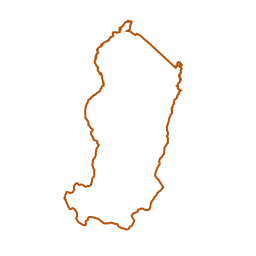 the district of Pradera, Valle del Cauca, Colombia, rotated 103°
{"feature_id": "7082276B33285563238152", "entity_name": "Pradera", "entity_type": "district", "adm_level": 2, "iso_a3": "COL", "parent_name": "Colombia", "parent_adm1": "Valle del Cauca", "projection": "orthographic", "projection_center": [-76.213, 3.422], "detail": "fine", "context": "isolated", "style": "outline", "palette": "amber", "viewbox_px": 256, "rotation_deg": 103, "n_neighbors": 0, "source": "geoboundaries", "source_scale": "gbopen_adm2", "svg_char_len": 5704}
<svg xmlns="http://www.w3.org/2000/svg" viewBox="0 0 256 256"><g transform="rotate(103 128 128)"><path d="M227.3,107.5L226.9,105.6L226.6,105.1L225.5,104.4L223.6,104.1L223.2,103.0L222.5,102.4L221.2,101.8L219.9,101.8L217.6,101.0L216.8,101.0L214.2,103.6L212.8,104.6L212.0,104.6L211.1,103.9L210.3,103.8L209.8,103.3L209.1,102.0L208.2,101.2L207.6,99.9L207.1,99.7L205.7,99.9L203.7,97.3L203.1,95.5L203.9,93.6L204.0,92.5L203.6,90.4L202.5,88.9L202.0,88.7L200.0,88.4L198.7,88.7L196.7,88.8L194.3,88.4L190.7,86.9L189.2,86.5L187.9,85.5L185.9,84.9L184.7,84.8L181.6,82.2L179.0,81.1L178.1,80.3L177.7,80.4L174.4,83.7L173.6,84.9L172.3,85.6L170.9,87.5L170.3,88.8L168.7,90.6L168.2,90.8L166.1,91.2L161.3,90.7L157.4,89.7L156.9,89.3L156.1,89.0L155.4,89.1L153.2,90.2L152.3,90.2L151.6,89.9L150.7,90.0L148.6,88.4L146.9,88.2L145.8,87.6L145.0,87.0L144.1,87.3L140.8,87.6L139.4,88.1L138.9,87.8L138.3,87.7L135.6,86.7L134.8,86.6L134.0,86.0L133.4,85.9L131.4,86.2L130.5,86.6L130.0,86.4L128.8,86.7L128.2,87.7L127.3,88.3L126.3,87.8L125.3,87.6L123.6,88.0L122.4,88.7L121.2,89.7L117.5,90.3L116.5,90.3L115.6,90.0L114.3,90.1L112.8,89.7L111.4,90.0L110.5,89.8L110.1,90.0L109.5,89.8L108.6,90.0L106.7,89.4L105.7,89.6L105.1,89.4L104.5,88.9L103.1,88.4L102.0,89.0L101.6,89.1L101.1,88.9L100.2,89.6L99.5,89.9L99.0,89.6L98.5,89.9L97.7,89.3L95.9,89.5L94.4,88.7L94.0,88.8L93.8,88.6L93.2,89.0L92.8,88.8L92.0,89.1L90.3,89.1L89.3,88.6L88.8,87.9L87.8,87.3L86.9,87.1L86.6,87.3L85.1,87.2L84.6,86.9L84.2,86.8L83.8,87.0L83.2,86.7L83.2,86.4L82.8,86.0L82.2,86.4L81.7,86.4L81.4,86.2L81.0,86.2L81.0,85.9L80.6,85.6L80.0,85.5L79.5,84.9L79.3,85.4L79.2,86.5L78.8,87.0L78.6,88.0L77.8,88.6L76.6,88.3L76.4,89.1L75.9,89.9L75.7,89.7L75.4,89.0L75.1,89.0L74.6,89.3L72.5,89.0L72.0,88.0L71.3,88.0L70.7,87.6L70.0,87.9L69.2,87.2L68.8,87.6L68.4,87.5L68.0,87.8L67.8,88.5L68.0,88.7L67.6,88.9L67.4,89.2L66.7,89.1L66.3,89.5L65.9,89.1L65.4,89.2L65.2,89.4L65.3,89.9L65.2,90.1L64.2,90.1L63.8,89.7L62.9,89.5L62.4,88.8L60.0,89.7L59.3,89.6L58.4,89.0L57.6,89.3L56.9,90.2L57.0,90.6L56.5,91.6L56.4,91.5L56.5,90.6L55.6,91.2L55.6,90.3L54.7,89.7L54.3,89.8L54.3,90.5L53.7,90.7L53.9,91.1L53.5,91.9L52.9,92.0L52.4,92.4L52.4,92.6L52.7,93.0L52.4,93.6L52.7,93.8L53.2,94.4L53.7,94.6L55.2,93.9L55.4,94.0L55.5,94.2L55.9,94.4L56.0,93.7L56.3,93.6L56.4,94.1L57.5,94.6L57.5,95.5L59.0,94.5L39.5,128.5L38.8,129.9L39.0,130.0L35.1,136.8L34.3,140.7L35.7,141.4L35.3,143.3L33.4,147.8L33.6,150.6L31.9,148.7L31.2,148.4L29.5,148.6L28.8,148.9L28.1,148.6L25.5,148.7L24.5,148.3L23.9,148.3L23.4,148.5L23.4,148.9L23.7,149.9L24.0,150.1L24.2,150.7L23.8,150.8L23.9,151.1L23.5,151.7L23.5,152.2L24.8,152.8L24.8,153.3L25.4,154.2L29.2,155.8L29.5,156.1L30.6,156.4L31.0,157.2L31.9,157.6L32.2,158.3L32.6,157.9L33.1,157.9L33.5,158.3L33.6,157.8L33.8,158.1L34.4,158.1L34.5,157.9L34.7,158.1L35.2,157.8L36.4,157.6L36.6,158.0L36.6,158.6L37.3,159.3L37.8,160.2L37.4,160.9L37.8,162.6L37.9,163.3L38.4,164.3L40.6,163.7L41.5,163.0L43.0,164.5L43.1,165.4L43.9,165.4L45.2,166.3L46.2,166.2L47.0,166.4L47.2,166.7L47.1,167.1L47.6,167.3L47.8,168.0L48.5,168.4L49.0,169.2L49.5,169.6L50.3,171.0L51.8,171.5L52.5,172.8L53.1,172.7L53.5,172.1L53.7,172.6L54.5,172.5L54.7,173.2L55.1,173.4L56.4,174.8L58.3,175.7L59.4,175.6L59.5,175.4L59.3,175.0L60.0,174.9L60.7,174.6L61.3,173.9L61.5,174.1L61.5,174.6L63.3,175.3L63.6,174.9L64.9,175.5L65.4,175.0L66.0,175.7L66.5,175.7L66.8,175.6L67.3,174.7L68.3,174.9L69.5,175.6L71.9,175.1L74.0,173.0L75.0,172.4L75.6,170.6L76.7,170.6L77.5,170.9L78.9,170.0L80.2,168.8L80.2,168.5L80.6,168.0L80.5,167.4L80.6,167.0L81.0,166.8L81.1,166.5L81.6,167.0L81.6,166.4L81.8,166.2L81.8,166.4L82.1,166.4L82.9,164.9L83.3,164.7L84.7,164.7L85.3,164.5L86.5,163.7L87.8,163.2L89.1,162.0L89.4,162.0L89.6,162.4L90.2,161.8L91.2,161.6L91.8,161.1L92.0,161.3L92.1,161.9L92.6,161.9L92.9,162.5L94.0,162.9L95.2,162.8L95.7,163.6L97.4,163.5L98.5,163.8L100.6,165.9L103.1,167.5L103.7,168.9L105.2,169.5L105.5,169.9L106.5,170.8L108.2,171.4L108.5,171.8L109.0,172.0L109.2,172.6L109.5,172.9L111.3,172.8L112.3,173.2L115.3,173.8L118.8,173.8L121.3,173.5L126.0,172.1L127.7,171.9L128.2,171.5L128.3,170.9L129.4,169.7L129.8,168.9L130.9,168.6L131.7,167.6L132.7,167.3L134.0,167.4L134.3,166.5L135.2,165.3L136.6,164.1L136.8,162.7L137.4,161.9L138.8,162.1L139.8,162.6L140.2,162.9L140.5,162.9L141.1,163.2L142.1,162.8L143.1,161.8L144.0,161.3L144.6,160.3L145.1,160.2L145.4,159.5L146.5,159.2L147.2,158.7L147.6,158.1L147.4,156.3L147.8,155.0L150.0,154.5L150.3,153.7L151.1,152.6L152.0,153.1L154.0,153.4L154.9,154.1L155.7,153.8L156.5,154.1L157.9,153.8L159.4,153.9L161.7,153.2L165.2,153.9L165.8,154.7L168.0,155.0L169.1,154.8L169.9,154.3L171.1,154.6L171.7,154.5L174.2,153.3L176.9,151.2L178.5,151.1L181.9,150.1L183.1,150.3L184.5,151.3L188.1,151.3L189.2,151.1L189.9,151.3L191.7,151.3L192.0,151.5L193.5,153.1L193.5,154.3L194.9,156.3L194.5,157.6L193.7,159.0L193.4,160.0L193.5,160.7L194.6,163.0L193.3,164.7L193.3,165.2L193.6,166.0L195.1,166.9L197.1,167.4L198.9,167.1L200.2,166.3L201.4,166.9L202.8,167.2L203.6,168.1L204.2,169.4L204.3,170.1L204.0,172.6L204.2,173.4L207.3,174.0L209.6,173.8L210.5,174.2L211.4,173.9L211.7,173.5L211.7,172.8L212.2,172.7L214.6,171.1L216.2,169.6L217.4,169.2L218.2,168.5L218.3,168.1L220.0,166.7L220.1,166.3L219.8,165.6L218.4,163.7L218.8,162.6L220.1,160.6L222.3,158.8L224.1,158.0L225.3,157.6L227.4,158.3L227.9,158.1L229.7,156.2L230.9,155.3L231.8,152.1L232.5,150.4L232.6,149.8L232.2,147.5L231.0,147.5L228.9,148.2L228.1,148.1L226.8,146.5L225.1,146.7L223.8,146.3L223.0,144.2L222.9,141.6L223.3,136.3L224.1,134.3L225.1,133.0L225.2,132.0L225.5,131.4L226.0,130.9L226.4,129.7L226.0,129.1L225.4,125.6L224.3,123.9L224.0,123.0L224.3,119.9L224.1,117.0L224.4,116.3L225.8,115.6L226.3,114.6L226.6,112.9L227.1,112.0L226.8,109.5L227.3,107.5Z" fill="none" stroke="#b45309" stroke-width="2"/></g></svg>